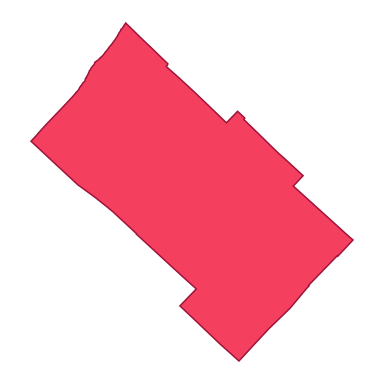 General Las Heras, Buenos Aires, Argentina (Robinson projection)
{"feature_id": "61730980B57566902843096", "entity_name": "General Las Heras", "entity_type": "district", "adm_level": 2, "iso_a3": "ARG", "parent_name": "Argentina", "parent_adm1": "Buenos Aires", "projection": "robinson", "projection_center": [-59.099, -34.91], "detail": "fine", "context": "isolated", "style": "filled", "palette": "rose", "viewbox_px": 384, "rotation_deg": 0, "n_neighbors": 0, "source": "geoboundaries", "source_scale": "gbopen_adm2", "svg_char_len": 3732}
<svg xmlns="http://www.w3.org/2000/svg" viewBox="0 0 384 384"><path d="M342.8,230.9L330.2,219.5L293.3,186.1L303.1,175.7L285.1,159.1L277.9,152.7L270.2,145.2L259.4,134.6L243.7,119.4L244.8,118.1L237.6,111.3L226.4,122.8L212.2,109.1L193.8,91.5L179.3,78.1L166.3,66.6L166.4,66.4L166.4,66.2L166.5,66.1L166.6,65.9L166.8,65.7L167.2,65.3L167.4,65.2L167.5,64.9L167.6,64.5L167.8,64.2L167.9,63.8L160.8,57.0L149.9,46.4L145.2,42.0L138.8,35.8L125.7,23.0L125.4,23.4L125.3,23.6L125.2,23.9L125.1,24.1L124.9,24.4L124.7,24.6L124.6,24.8L124.4,24.9L124.2,25.2L124.0,25.3L123.9,25.6L123.9,25.8L123.9,26.3L123.8,26.5L123.6,26.6L123.4,26.7L123.2,26.9L123.0,27.1L122.8,27.3L122.6,27.6L122.5,27.9L122.4,28.1L122.2,28.5L121.8,28.8L121.4,29.0L121.1,29.2L120.9,29.4L120.8,29.8L120.7,30.1L120.7,30.3L120.5,30.6L120.5,30.8L120.3,31.1L120.1,31.5L119.9,31.7L119.7,32.0L119.3,32.4L119.1,32.7L118.9,33.1L118.8,33.4L118.6,33.8L118.4,34.1L118.1,34.6L118.0,34.8L117.9,35.0L117.7,35.4L117.6,35.6L117.5,35.9L117.3,36.1L117.2,36.4L117.0,36.7L116.8,37.1L116.6,37.3L116.4,37.6L116.2,38.0L115.8,38.5L115.6,38.8L115.4,39.1L115.2,39.4L115.0,39.7L114.9,40.0L114.6,40.4L114.4,40.6L114.1,40.9L113.9,41.3L113.5,41.7L113.3,42.0L113.1,42.4L112.8,42.6L112.6,43.0L112.3,43.5L112.1,43.8L111.7,44.0L111.4,44.5L111.2,44.8L110.9,45.1L110.7,45.4L110.5,45.6L110.3,45.9L110.1,46.1L109.7,46.4L109.6,46.5L109.4,46.8L109.1,47.2L108.9,47.6L108.7,47.9L108.4,48.4L108.2,48.6L107.8,49.0L107.6,49.4L107.4,49.7L107.2,50.0L106.9,50.4L106.7,50.6L106.5,50.8L106.4,51.0L106.2,51.2L106.1,51.4L106.0,51.6L105.8,51.8L105.6,51.8L105.3,52.1L105.1,52.4L104.9,52.6L104.8,52.8L104.6,53.1L104.4,53.5L104.1,53.9L103.9,54.1L103.7,54.2L103.6,54.4L103.5,54.7L103.3,55.0L103.0,55.3L102.8,55.5L102.7,55.8L102.4,56.0L102.1,56.1L101.9,56.4L101.7,56.6L101.4,56.8L101.1,57.0L100.9,57.3L100.7,57.5L100.3,57.8L100.0,58.0L99.7,58.2L99.5,58.6L99.3,58.8L99.1,59.1L98.9,59.2L98.6,59.5L98.4,59.7L98.3,59.8L98.1,59.9L98.0,60.1L97.7,60.3L97.5,60.5L97.2,60.7L96.9,60.8L96.7,60.9L96.5,61.0L96.3,61.2L96.2,61.5L95.9,61.7L95.4,61.8L95.2,61.9L95.0,62.1L94.8,62.4L94.7,62.7L94.7,63.0L94.6,63.5L94.3,63.9L94.3,64.1L94.2,64.4L94.1,64.6L93.9,64.8L93.7,64.9L93.5,65.2L93.3,65.3L93.1,65.6L92.9,65.8L92.7,65.9L92.5,66.1L92.4,66.4L92.2,66.7L92.1,66.9L91.8,67.1L91.6,67.3L91.4,67.6L91.3,67.8L91.2,68.1L91.1,68.3L90.9,68.6L90.7,68.8L90.6,69.1L90.6,69.4L90.5,69.7L90.3,69.9L90.0,70.1L89.8,70.2L89.5,70.5L89.4,70.7L89.3,71.0L89.2,71.4L89.1,71.8L89.0,72.0L88.8,72.5L88.6,72.8L88.5,73.1L88.4,73.4L88.3,73.7L88.2,73.9L88.1,74.1L87.9,74.4L87.8,74.6L87.6,75.0L87.5,75.4L87.2,75.6L87.1,75.9L87.0,76.2L86.8,76.5L86.7,76.7L86.6,76.9L86.5,77.1L86.4,77.4L86.4,77.7L86.2,77.8L85.8,78.0L85.7,78.3L85.5,78.5L85.4,78.7L85.3,79.0L85.3,79.3L85.2,79.5L85.2,79.8L85.2,80.0L85.1,80.5L85.0,80.8L84.8,81.0L84.6,81.2L84.5,81.5L84.3,81.7L84.1,81.9L83.9,82.0L83.7,82.2L83.6,82.4L83.5,82.5L83.3,82.6L82.9,82.8L82.7,83.1L82.6,83.4L82.4,83.7L82.2,84.0L82.0,84.4L81.8,84.7L81.6,85.0L81.4,85.3L81.2,85.6L80.9,85.7L80.7,85.9L80.6,86.2L80.5,86.4L80.2,86.8L79.9,87.1L79.7,87.5L79.5,87.9L79.3,88.3L79.2,88.8L79.0,89.0L78.8,89.3L78.6,89.5L78.4,89.8L78.3,90.1L78.2,90.3L77.9,90.6L77.7,90.8L77.6,91.0L77.5,91.3L77.4,91.5L77.1,91.6L76.8,91.7L76.6,91.9L76.4,92.0L76.0,92.4L75.9,92.6L75.8,92.8L75.9,93.1L75.2,93.6L72.7,96.5L70.1,99.3L60.7,109.3L46.2,124.4L40.6,130.6L37.8,133.7L37.8,134.0L31.0,141.2L56.8,165.3L77.7,184.7L95.7,197.9L106.5,206.5L112.8,211.7L136.5,233.7L136.3,234.1L139.5,237.0L174.4,269.1L186.0,279.7L196.3,288.9L179.9,305.9L196.3,321.4L220.3,344.3L239.0,361.0L252.4,346.4L268.6,329.0L290.0,308.3L306.4,288.7L309.0,285.9L308.6,285.4L308.9,285.0L318.9,274.7L337.3,255.7L337.7,256.3L353.0,240.0L344.8,232.8L342.8,230.9Z" fill="#f43f5e" stroke="#9f1239" stroke-width="1.5"/></svg>